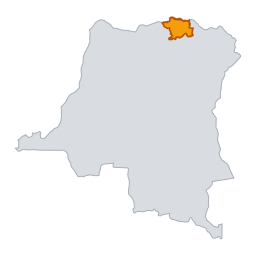 Ango, Orientale, Democratic Republic of the Congo (highlighted)
{"feature_id": "63176286B24678106401017", "entity_name": "Ango", "entity_type": "district", "adm_level": 2, "iso_a3": "COD", "parent_name": "Democratic Republic of the Congo", "parent_adm1": "Orientale", "projection": "orthographic", "projection_center": [26.048, 4.445], "detail": "fine", "context": "in_parent", "style": "filled", "palette": "amber", "viewbox_px": 256, "rotation_deg": 0, "n_neighbors": 0, "source": "geoboundaries", "source_scale": "gbopen_adm2", "svg_char_len": 7926}
<svg xmlns="http://www.w3.org/2000/svg" viewBox="0 0 256 256"><path d="M233.9,178.1L212.0,181.6L212.4,182.8L212.2,184.1L211.6,185.1L209.4,187.8L206.1,190.2L206.0,190.8L207.7,193.6L208.7,197.3L208.4,203.8L208.8,205.6L208.7,207.0L207.6,208.5L205.3,216.3L206.8,220.1L211.0,223.6L213.5,226.2L217.7,227.2L218.4,227.0L218.7,224.8L222.1,224.0L221.9,237.9L221.6,238.6L221.0,238.8L220.2,238.4L219.9,237.1L219.1,236.5L215.0,238.2L213.9,238.2L212.8,237.9L212.0,237.2L211.7,236.1L208.9,232.1L207.5,231.8L205.9,228.2L199.4,225.6L196.9,225.4L195.7,224.5L194.4,221.7L192.2,219.8L191.7,217.8L191.3,217.5L190.0,217.9L188.8,221.2L187.4,221.9L184.7,222.0L178.0,221.1L173.3,219.4L172.0,219.5L170.1,218.0L169.3,215.5L169.8,213.6L169.4,213.3L162.1,214.9L160.4,215.9L158.7,215.6L158.2,215.1L158.9,213.7L158.6,212.3L158.0,211.6L155.9,211.1L155.2,209.5L153.9,209.3L153.4,209.5L153.1,210.6L152.3,210.9L148.0,210.4L143.5,211.8L137.4,211.4L134.6,213.0L134.1,212.9L133.5,212.1L132.9,209.5L133.2,208.7L134.1,208.2L134.4,207.2L134.1,204.4L134.3,203.8L133.9,202.2L133.0,199.6L131.7,197.6L128.9,194.4L128.4,193.0L128.6,189.5L129.4,184.0L129.2,179.9L128.1,177.2L127.8,174.3L128.5,169.1L127.8,167.9L113.9,167.3L113.3,167.0L113.0,166.2L113.6,163.2L105.2,163.9L102.7,164.4L101.1,165.7L100.6,167.3L100.6,169.5L99.4,171.6L99.1,175.3L96.8,175.7L94.4,175.6L89.9,174.8L85.6,175.8L83.5,176.8L82.3,176.3L78.4,176.6L77.9,176.3L73.3,169.1L71.3,166.7L70.9,165.5L71.0,164.4L70.4,162.9L68.3,159.2L67.9,157.4L67.9,154.7L67.7,153.8L65.7,151.5L64.5,150.7L63.1,150.3L40.7,150.2L33.4,149.7L28.0,149.9L25.3,149.7L24.5,149.3L22.1,149.8L20.8,150.7L18.9,151.2L17.7,150.9L15.4,148.2L18.5,147.8L18.7,147.5L18.8,141.1L17.9,140.2L19.6,139.1L22.2,136.3L24.8,135.4L25.2,134.8L25.8,134.8L26.7,136.0L29.0,137.6L31.9,136.3L32.2,135.9L32.5,133.2L33.2,132.9L34.4,133.6L35.1,133.6L36.3,132.8L39.9,131.5L41.0,133.2L40.1,134.8L40.5,136.0L40.6,137.7L41.2,138.2L44.1,138.4L44.9,138.0L50.6,131.7L52.0,131.0L54.4,128.5L57.6,127.4L58.9,125.4L60.7,121.9L61.5,116.8L61.2,107.8L61.4,106.6L65.2,102.7L69.2,95.4L71.9,93.5L73.9,92.8L77.0,90.2L79.5,87.5L79.2,84.3L79.7,81.6L81.1,78.2L81.5,74.6L81.1,70.8L81.3,67.6L83.1,62.7L83.3,57.0L85.0,52.2L88.3,46.1L89.9,41.6L89.7,37.1L90.1,33.9L90.0,31.9L89.4,30.2L89.7,29.2L91.0,28.7L92.5,27.1L95.4,22.7L98.4,20.6L100.5,19.9L102.7,20.0L104.1,20.4L106.4,22.2L109.1,23.6L111.0,25.3L113.0,28.0L117.7,28.6L119.7,29.6L120.9,30.0L121.4,29.7L122.4,29.9L124.6,30.7L126.4,30.2L135.1,32.0L136.1,31.2L138.6,26.6L140.4,25.0L143.4,24.9L145.7,25.8L147.0,25.8L157.7,21.8L159.1,21.7L163.0,22.6L165.6,22.0L166.6,22.2L168.8,21.5L170.6,18.7L172.1,18.1L187.5,21.0L189.9,19.6L191.0,19.4L194.4,20.5L195.5,22.2L197.5,23.6L199.0,26.0L201.3,27.4L202.5,28.6L203.9,29.5L206.7,29.8L210.2,27.7L212.7,27.9L215.3,29.0L216.1,29.0L218.0,27.7L219.0,26.3L220.0,26.0L221.5,26.6L222.7,27.9L223.8,29.7L227.7,33.8L231.4,35.6L232.4,38.1L233.7,37.8L234.4,38.1L235.4,39.7L236.1,40.0L236.2,40.6L235.3,42.1L234.4,45.0L235.6,46.8L234.6,49.4L234.1,52.0L235.3,52.7L236.9,52.6L238.4,54.0L239.5,54.2L240.6,55.7L240.4,56.9L236.7,61.2L231.2,66.6L229.3,67.2L228.4,68.2L227.7,69.8L226.1,71.1L224.8,71.6L224.7,75.4L222.9,79.4L222.1,80.2L221.1,86.7L221.3,87.8L220.3,93.1L220.4,97.9L217.8,99.5L215.9,101.9L215.1,103.6L215.1,107.6L212.1,110.0L211.8,110.5L212.6,113.3L213.7,113.8L213.7,114.7L216.2,117.7L216.0,127.0L216.1,127.9L217.4,130.1L218.3,134.2L217.3,139.5L220.6,149.2L219.1,152.8L219.8,156.2L221.7,159.7L226.4,163.2L227.7,164.6L228.8,166.6L229.9,169.6L233.9,178.1Z" fill="#d9dde1" stroke="#a8b0b8" stroke-width="1"/><path d="M189.3,20.0L188.9,20.2L188.8,20.3L188.7,20.4L188.6,20.8L188.3,20.9L188.3,21.2L188.1,21.4L187.9,21.3L187.8,21.1L187.6,21.1L187.4,21.2L187.2,21.0L187.2,20.9L186.9,20.8L186.9,20.6L186.7,20.6L186.4,20.6L186.2,20.6L185.9,20.6L185.8,20.8L185.7,20.9L185.4,20.7L185.3,20.8L185.2,20.8L185.3,21.0L185.2,21.0L185.1,20.9L185.1,20.7L184.9,20.8L184.7,20.8L184.6,21.0L184.4,21.0L184.4,20.9L184.3,21.0L184.2,21.2L184.0,21.3L183.9,21.2L183.8,21.3L183.7,21.1L183.4,21.1L183.2,21.1L183.1,20.9L183.2,20.7L183.0,20.4L182.8,20.4L182.6,20.3L182.7,20.2L182.5,20.3L182.4,20.2L182.1,20.1L181.9,19.9L181.8,20.0L181.6,20.0L181.4,20.1L181.2,19.9L180.8,19.7L180.8,19.4L180.7,19.5L180.5,19.4L180.4,19.3L180.4,19.5L180.2,19.3L180.3,19.2L180.2,19.0L179.9,19.2L180.0,19.1L180.0,18.9L179.7,19.1L179.6,18.7L179.4,18.6L179.3,18.8L179.1,19.0L179.0,18.9L178.8,19.0L178.9,19.3L178.6,19.2L178.5,19.5L178.4,19.4L178.4,19.2L178.2,19.4L177.9,19.3L177.8,19.1L177.7,19.1L177.6,18.9L177.3,19.1L177.3,19.4L177.3,19.5L177.1,19.4L176.5,19.3L176.3,19.2L176.1,19.2L175.9,19.3L175.8,19.6L175.6,19.4L175.6,19.2L175.6,18.9L175.2,19.0L175.4,18.8L175.3,18.5L175.0,18.6L175.2,18.8L174.7,19.0L174.6,18.6L174.4,18.6L174.3,18.2L173.9,18.1L173.7,18.1L173.7,17.9L173.4,18.0L173.0,17.9L173.3,17.8L173.2,17.6L172.9,17.7L172.8,17.4L172.7,17.3L172.4,17.3L172.3,17.2L172.2,17.3L172.4,17.5L172.1,17.6L171.9,17.7L171.7,17.4L171.5,17.6L171.3,17.6L171.1,17.7L170.9,18.0L170.6,17.7L170.5,17.9L170.2,18.0L170.4,18.1L170.3,18.4L170.1,18.4L169.9,18.7L169.8,19.3L169.7,19.5L169.8,19.9L169.9,20.0L170.0,20.0L170.0,20.4L169.7,20.8L169.8,21.2L169.6,21.4L168.8,21.5L168.6,21.6L168.2,21.6L168.0,21.8L167.8,21.6L167.7,21.5L167.4,21.8L167.1,21.9L166.9,22.5L166.4,22.2L166.1,22.2L165.9,21.9L165.6,21.9L165.3,22.0L165.0,22.3L164.5,22.2L164.4,22.5L163.7,22.5L163.3,22.9L163.2,22.9L163.2,22.7L163.0,22.9L162.7,22.9L162.5,22.7L162.2,22.7L162.2,23.0L162.3,23.1L162.3,23.3L162.6,23.5L162.8,23.8L162.9,24.2L163.3,24.5L163.8,25.2L164.1,25.6L164.0,26.4L164.1,26.5L164.7,26.8L164.9,27.0L166.1,27.5L166.5,28.0L167.4,28.5L167.7,28.5L168.5,28.3L169.2,27.9L169.6,27.9L169.6,28.7L169.7,29.1L169.5,29.5L169.5,30.0L169.6,30.4L170.2,30.8L170.2,31.0L170.5,31.1L170.6,31.3L170.7,32.4L171.1,32.8L171.1,33.1L171.1,33.6L170.5,33.7L170.4,33.8L170.5,34.0L170.9,34.3L171.0,34.4L171.6,34.7L171.9,35.3L172.3,35.4L172.2,35.6L172.2,35.9L171.9,36.2L171.6,36.3L171.4,36.6L171.3,36.8L171.4,37.0L171.2,36.9L171.0,37.0L170.9,37.4L170.8,37.2L170.7,37.2L170.5,37.6L170.4,37.9L170.2,37.8L170.1,38.0L169.9,38.0L169.5,37.9L169.3,37.9L169.1,38.1L169.4,38.3L169.4,38.5L169.5,38.7L169.4,38.9L169.2,38.6L169.0,38.8L168.9,39.1L169.1,39.3L169.2,39.2L169.5,39.7L169.8,39.5L170.1,39.4L170.7,39.2L171.1,39.4L171.2,39.6L171.5,39.6L171.8,39.6L172.1,39.2L172.6,39.2L173.0,38.7L173.5,38.5L173.9,38.6L174.2,38.5L174.3,38.5L174.6,38.9L174.8,38.9L174.9,39.1L175.1,39.2L175.2,39.4L175.5,39.4L175.7,39.2L175.8,39.1L175.9,38.7L176.0,38.4L175.9,38.2L176.0,37.9L176.0,37.4L176.4,37.3L176.5,37.3L176.6,37.1L177.0,37.3L177.1,37.1L177.5,37.0L177.8,37.0L178.0,36.9L178.4,37.1L178.5,37.1L178.7,37.3L178.7,37.5L178.8,37.6L179.0,37.6L179.2,37.8L179.4,37.9L179.7,37.6L179.8,37.6L179.9,37.8L180.2,37.8L180.4,37.7L180.4,37.4L180.9,37.1L181.2,37.1L181.3,36.9L181.8,36.5L182.2,36.4L182.5,36.5L182.6,36.3L182.9,35.9L183.1,35.5L183.0,35.4L183.3,35.2L183.6,35.0L183.6,34.8L183.8,34.7L184.2,34.5L184.5,34.2L184.9,33.6L185.3,33.5L185.5,33.5L185.8,33.6L186.0,33.6L186.4,33.7L186.5,33.9L186.4,34.3L187.0,35.6L187.3,35.7L187.4,35.9L187.4,36.1L187.6,36.2L187.8,36.5L188.0,36.7L188.3,36.7L188.5,36.8L188.9,36.8L189.0,36.7L189.0,36.4L189.4,36.4L189.7,36.3L189.9,36.4L190.0,36.3L190.0,36.2L190.3,36.1L190.7,35.9L190.8,35.9L190.9,36.0L191.0,36.2L191.4,35.4L192.1,35.9L192.4,35.8L192.6,35.7L192.7,35.3L193.0,35.2L192.9,35.0L192.7,34.8L192.7,34.5L192.4,34.1L192.3,33.9L192.4,33.6L192.3,33.4L192.3,33.2L192.0,33.1L191.9,32.8L192.0,32.3L192.2,32.1L192.4,31.3L192.4,31.1L192.5,31.1L192.5,30.0L192.8,29.4L192.8,28.7L193.2,28.2L192.9,28.1L192.7,28.2L192.2,28.3L191.9,28.4L191.5,28.3L191.4,28.2L191.2,28.1L190.6,28.0L190.1,27.7L189.8,27.6L189.5,27.7L189.2,27.6L189.3,27.2L189.3,26.8L189.4,26.5L189.4,26.1L190.0,25.5L189.7,25.0L189.5,24.8L189.4,24.4L189.8,24.3L190.1,24.2L190.2,23.7L189.6,23.4L189.5,23.2L189.4,22.5L189.0,22.1L189.2,21.9L188.8,21.7L188.8,21.4L188.9,20.8L189.0,20.7L189.5,20.6L189.5,20.3L189.3,20.0Z" fill="#f59e0b" stroke="#b45309" stroke-width="1.5"/></svg>